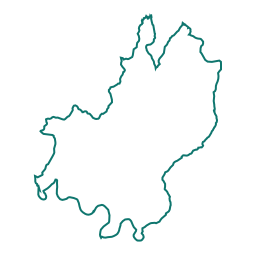 the district of Varadia De Mures, Arad, Romania
{"feature_id": "2599482B27898501317074", "entity_name": "Varadia De Mures", "entity_type": "district", "adm_level": 2, "iso_a3": "ROU", "parent_name": "Romania", "parent_adm1": "Arad", "projection": "albers", "projection_center": [22.152, 46.066], "detail": "fine", "context": "isolated", "style": "outline", "palette": "teal", "viewbox_px": 256, "rotation_deg": 0, "n_neighbors": 0, "source": "geoboundaries", "source_scale": "gbopen_adm2", "svg_char_len": 5778}
<svg xmlns="http://www.w3.org/2000/svg" viewBox="0 0 256 256"><path d="M156.1,223.2L159.5,221.6L160.6,219.8L161.7,218.4L165.9,214.8L165.9,213.4L168.4,211.7L168.9,211.2L169.7,209.6L170.3,206.2L170.7,205.1L170.5,202.2L169.8,200.7L169.5,198.5L169.9,196.7L169.4,196.1L169.3,195.6L168.1,193.8L167.2,191.8L165.9,190.3L165.0,189.6L164.7,189.1L165.1,186.5L165.1,183.9L163.3,180.6L162.6,180.1L162.4,179.4L162.5,177.5L164.5,174.3L165.2,172.3L167.5,171.3L168.4,170.4L170.5,167.4L172.9,165.1L173.1,164.8L173.1,164.6L173.6,163.1L174.6,162.0L175.9,161.3L177.2,160.8L181.8,157.7L181.6,156.9L182.9,155.5L183.5,155.3L186.7,155.6L187.7,155.4L188.6,154.9L190.2,153.8L191.0,153.7L191.6,153.3L192.3,152.0L193.2,150.6L195.9,149.6L196.8,149.7L197.9,148.8L198.3,147.7L199.3,147.7L200.5,147.3L201.7,147.4L202.7,146.3L203.1,145.6L202.4,144.1L202.5,143.1L202.9,142.0L204.3,141.3L205.5,139.7L207.0,138.3L207.3,137.7L208.6,137.0L209.2,136.3L211.2,133.0L211.9,131.2L212.8,130.3L213.5,128.8L213.9,128.3L214.2,127.4L214.8,126.9L215.5,125.6L215.9,124.6L215.9,123.0L216.6,122.3L217.0,120.6L216.9,119.5L216.5,118.2L216.5,116.5L215.9,115.2L215.3,114.4L214.4,112.1L214.5,111.3L214.1,111.3L213.9,110.4L214.8,109.1L214.3,106.0L214.3,105.0L214.0,102.9L213.7,101.0L214.2,96.1L213.6,92.2L215.1,91.0L215.8,89.2L215.9,86.0L216.5,83.9L217.6,81.4L218.3,78.8L218.5,76.1L218.1,73.0L219.3,71.3L221.0,69.4L221.0,63.7L220.9,61.8L219.3,60.6L211.9,61.9L207.6,61.6L205.2,59.9L201.6,53.5L200.4,52.0L200.6,48.1L201.3,46.0L202.7,44.9L203.1,43.5L203.1,41.6L201.1,39.2L200.2,38.8L198.1,38.6L196.2,38.1L194.5,37.2L193.5,36.3L190.7,35.3L189.9,34.7L189.0,34.6L190.1,33.1L190.6,31.4L190.4,30.5L190.5,29.4L190.2,28.7L188.6,27.6L188.2,27.8L188.3,27.2L187.8,26.8L184.8,24.5L185.0,24.9L184.3,24.8L184.7,24.3L184.1,24.0L182.7,22.9L182.3,25.1L180.1,27.7L178.5,30.7L177.1,31.7L173.9,35.3L172.0,36.2L171.2,37.5L170.0,38.2L169.5,40.5L168.2,41.8L167.0,44.6L164.8,46.9L163.9,53.0L162.1,55.6L159.5,58.6L158.6,60.7L158.8,62.7L159.6,63.7L159.7,64.2L158.1,65.5L157.3,67.0L156.0,67.7L155.7,68.3L155.4,66.3L154.2,63.9L153.8,61.4L151.9,58.2L151.5,56.3L150.6,55.0L148.6,53.4L146.7,50.2L146.7,49.5L146.1,47.7L146.1,47.0L146.2,46.2L147.0,45.1L148.2,44.8L150.5,44.5L151.6,43.7L153.3,42.2L153.8,41.3L153.9,39.3L154.3,38.7L154.8,38.4L155.1,37.9L155.1,37.2L154.7,36.5L154.6,36.0L154.8,35.5L155.0,33.7L154.7,33.4L153.3,25.3L152.5,24.6L151.7,21.4L151.1,18.6L151.5,17.3L151.2,15.4L150.5,15.6L150.4,15.9L150.5,16.6L150.2,16.1L150.1,16.7L149.8,16.8L149.5,16.5L149.3,16.6L149.1,17.4L148.8,18.1L148.5,18.3L148.4,17.7L147.9,17.3L147.8,18.2L147.6,18.3L147.3,17.5L146.2,16.1L145.9,16.8L146.0,17.3L145.4,17.8L143.9,18.1L143.9,18.8L143.3,19.7L142.3,19.7L142.4,20.7L141.8,19.9L142.3,23.3L141.9,24.2L140.3,25.2L139.2,27.0L138.9,28.5L139.4,30.3L138.8,32.0L137.7,33.7L138.8,35.9L139.3,38.8L139.0,40.8L137.2,42.9L136.9,44.7L136.7,47.2L133.7,49.3L132.8,55.3L132.2,57.0L128.6,59.0L127.5,59.1L126.0,58.7L123.7,59.5L123.2,58.6L122.7,58.1L120.9,57.7L121.7,61.1L121.2,62.5L121.0,64.6L122.5,66.9L124.3,69.0L124.9,70.1L124.2,71.7L123.3,72.0L122.7,74.3L122.3,75.1L121.4,76.1L120.7,77.5L120.1,79.0L120.4,81.7L119.5,83.6L118.1,83.6L117.3,84.4L113.5,86.7L112.2,86.9L110.5,87.4L110.1,88.7L108.9,89.9L108.9,91.6L110.4,93.8L111.9,99.6L112.0,102.3L108.4,106.2L108.5,107.6L107.2,109.1L106.5,111.5L103.0,113.9L101.9,113.7L100.5,115.0L99.2,117.9L98.4,118.7L96.1,119.0L94.9,118.7L92.8,117.7L91.9,116.3L90.0,114.1L89.4,113.7L88.0,113.6L87.5,113.4L86.9,112.0L86.4,111.5L85.1,111.3L84.1,111.6L83.1,112.2L82.4,112.2L81.9,111.3L80.5,109.9L79.6,109.4L78.7,109.2L78.3,108.8L77.8,107.3L76.9,106.2L75.4,105.4L73.9,105.7L73.4,106.4L72.5,108.3L72.7,109.3L72.7,110.3L69.9,115.0L68.8,116.3L67.6,116.7L65.1,119.1L64.1,119.6L62.5,119.3L57.8,117.6L55.9,117.7L53.6,116.9L53.0,117.0L52.1,117.4L51.4,118.2L50.2,118.7L49.5,118.9L48.0,118.6L46.1,119.2L46.0,119.5L46.2,120.2L46.4,122.0L47.0,123.1L46.9,124.0L46.6,124.5L44.3,126.3L44.2,126.8L44.3,127.8L44.1,129.0L43.7,129.6L42.8,130.2L40.8,130.8L40.5,131.2L41.5,132.3L43.5,133.9L52.4,135.0L53.6,135.7L53.5,136.2L53.8,136.7L53.9,137.3L54.8,138.4L55.4,142.2L55.4,144.1L54.1,148.6L54.3,152.5L54.0,153.5L52.6,156.2L48.1,164.2L46.8,164.7L46.4,165.1L45.9,166.4L45.4,168.5L45.0,169.3L42.3,172.5L42.3,173.1L42.6,174.5L42.4,174.9L37.7,177.3L35.0,176.0L35.3,178.6L35.3,181.5L35.6,182.5L35.9,183.2L37.1,184.0L37.2,185.6L37.9,186.0L38.4,185.8L39.6,190.0L38.5,188.9L38.4,191.2L38.3,194.5L38.8,196.0L39.8,197.4L40.9,198.5L42.1,199.2L43.4,199.5L44.3,199.4L45.3,199.0L45.9,198.2L46.2,196.9L46.1,195.9L45.6,194.9L45.1,193.5L44.3,193.0L43.4,191.1L43.4,190.9L47.5,188.4L49.7,186.5L52.0,184.1L53.6,183.2L54.5,181.9L55.5,179.6L56.6,179.7L57.1,180.4L57.0,183.2L57.2,187.0L56.9,189.8L56.8,193.7L57.8,196.3L59.0,197.9L60.2,199.2L62.3,199.9L63.9,199.6L66.7,198.8L67.5,198.0L68.5,197.4L69.8,197.2L73.7,198.0L76.6,199.1L77.4,199.7L78.8,203.0L79.6,206.6L80.5,209.5L81.4,210.9L83.0,212.4L85.3,213.9L86.9,214.5L88.5,214.7L90.0,214.4L91.6,213.7L93.8,211.8L94.0,211.4L93.2,211.9L93.2,211.7L93.7,210.8L94.4,210.5L94.5,210.6L96.0,207.8L96.9,206.8L98.2,205.8L101.9,204.9L103.4,205.3L105.0,206.5L108.2,209.8L109.5,215.3L109.2,221.3L108.8,222.6L103.6,226.5L100.9,229.6L100.4,231.6L100.0,234.6L100.2,236.0L101.1,237.8L101.9,236.7L103.8,237.5L105.7,237.6L107.7,237.2L111.8,236.8L113.7,236.1L116.0,234.9L117.4,233.8L118.5,232.0L119.2,230.2L119.4,228.9L120.5,225.3L120.6,223.7L122.8,221.1L125.1,219.5L127.4,219.2L129.0,219.2L130.0,219.8L131.2,221.2L132.7,224.8L133.8,227.1L136.2,229.7L136.0,231.0L133.7,234.7L133.6,236.0L134.1,237.3L135.6,239.2L137.3,240.5L139.0,240.6L141.0,240.5L142.2,239.7L143.6,237.6L143.6,236.6L143.1,235.0L141.7,233.4L142.0,232.5L142.7,231.6L142.4,230.0L142.4,228.3L144.7,227.1L146.6,225.5L149.8,223.6L151.1,223.1L154.9,222.8L156.1,223.2Z" fill="none" stroke="#0f766e" stroke-width="2"/></svg>